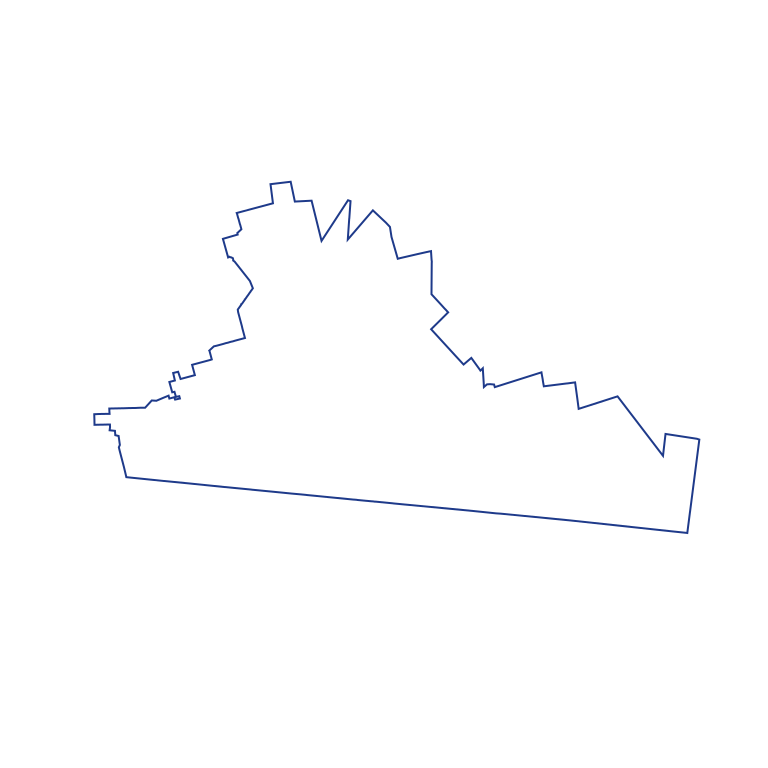 General Plutarco Elías Calles, Sonora, Mexico (Natural Earth projection), rotated 165°
{"feature_id": "50627088B39054298169208", "entity_name": "General Plutarco Elías Calles", "entity_type": "district", "adm_level": 2, "iso_a3": "MEX", "parent_name": "Mexico", "parent_adm1": "Sonora", "projection": "natural_earth1", "projection_center": [-112.744, 31.696], "detail": "fine", "context": "isolated", "style": "outline", "palette": "blue", "viewbox_px": 768, "rotation_deg": 165, "n_neighbors": 0, "source": "geoboundaries", "source_scale": "gbopen_adm2", "svg_char_len": 3812}
<svg xmlns="http://www.w3.org/2000/svg" viewBox="0 0 768 768"><g transform="rotate(165 384 384)"><path d="M612.6,428.2L620.9,422.9L625.8,424.2L630.9,425.3L635.9,426.6L640.7,427.7L655.7,431.4L656.3,428.8L656.8,426.2L661.9,427.5L666.7,428.7L671.7,429.8L672.9,424.7L674.2,419.5L667.6,417.9L664.1,417.0L661.1,416.3L659.2,415.8L659.8,413.2L661.0,410.3L656.0,408.4L656.8,404.1L653.8,402.5L654.9,393.5L656.5,391.5L656.6,387.8L656.7,371.0L656.9,363.4L657.0,360.7L633.6,351.8L632.0,351.2L621.8,347.3L621.4,347.2L595.6,337.5L595.1,337.3L564.3,325.6L563.9,325.5L557.0,322.9L539.6,316.4L539.2,316.2L519.7,308.9L501.4,302.0L492.9,298.9L488.1,297.1L487.9,297.0L486.9,296.6L482.9,295.1L477.8,293.2L477.6,293.1L443.0,280.1L442.6,280.0L440.1,279.1L439.8,278.9L432.3,276.1L431.2,275.7L429.0,274.9L428.8,274.8L428.5,274.7L428.2,274.6L427.8,274.4L427.6,274.4L426.9,274.1L426.5,274.0L426.1,273.8L425.7,273.7L425.4,273.6L424.9,273.4L424.6,273.3L423.7,272.9L423.2,272.7L422.9,272.6L422.7,272.6L416.6,270.3L416.3,270.2L406.2,266.4L405.8,266.2L394.3,261.9L394.0,261.8L335.9,240.2L335.6,240.1L333.0,239.1L331.9,238.7L309.1,230.0L304.7,228.5L239.1,203.9L179.3,180.8L144.4,167.3L129.8,161.7L129.6,161.6L121.6,181.1L121.5,181.3L93.8,248.7L95.9,250.1L125.0,262.9L133.1,242.4L140.0,259.2L161.6,311.6L202.4,309.6L201.0,320.2L199.0,336.1L206.7,337.1L207.8,337.3L230.2,340.4L230.0,342.8L229.8,345.2L229.5,347.6L229.3,350.0L229.1,352.5L228.9,354.5L277.8,352.3L277.8,355.0L281.6,356.4L284.6,357.0L288.3,355.2L287.6,358.3L284.5,373.6L286.7,372.3L287.4,372.0L287.5,372.4L292.9,386.6L302.1,382.2L308.2,393.8L324.3,424.7L317.8,428.4L310.8,432.4L303.5,436.6L305.2,439.9L305.9,441.1L308.2,445.6L309.6,448.3L314.9,458.4L306.5,488.8L306.2,489.6L305.8,492.2L304.2,500.2L308.3,500.4L318.0,500.8L335.6,501.4L338.3,501.4L338.7,524.1L337.6,534.2L340.4,539.4L342.7,543.1L349.8,554.6L381.6,532.9L374.8,552.7L374.7,552.8L369.0,569.3L371.2,570.8L407.3,538.4L406.5,579.8L422.9,583.3L421.8,603.5L441.9,606.4L444.5,587.3L482.0,587.3L481.9,586.2L481.9,585.0L481.9,584.0L481.9,583.4L481.9,582.1L481.8,581.4L481.8,580.5L481.8,579.7L481.8,579.0L481.8,577.1L481.8,575.9L481.7,574.7L481.7,573.5L481.7,572.8L481.7,571.7L481.7,570.4L486.6,567.8L486.7,566.2L502.0,565.9L502.0,565.7L502.1,565.3L502.0,564.9L501.8,546.6L501.0,546.8L500.6,547.0L500.4,546.8L500.0,546.4L499.6,546.3L499.1,546.0L498.9,545.8L498.5,545.7L498.1,545.2L497.8,544.9L497.4,544.6L497.5,542.7L497.7,542.3L497.4,542.0L496.8,541.1L496.6,540.9L486.9,518.3L486.8,517.7L485.9,510.4L486.6,509.8L487.3,509.2L487.9,508.7L488.5,508.3L488.9,507.9L489.4,507.4L489.9,507.1L490.8,506.3L491.5,505.7L492.7,504.7L493.5,504.1L495.1,502.7L496.1,501.9L496.4,501.8L496.4,501.6L497.4,500.8L498.7,499.7L500.0,498.6L501.0,497.9L501.3,497.9L501.3,497.7L501.9,497.0L502.2,496.9L502.3,496.8L502.4,496.7L502.8,496.3L503.0,496.2L504.8,494.7L505.8,493.9L506.0,493.7L506.3,491.1L506.3,490.7L506.3,486.6L506.3,482.9L506.3,479.2L506.3,476.7L506.4,474.1L506.4,473.0L506.4,471.4L506.4,467.7L506.4,465.2L506.4,464.4L510.0,464.4L513.2,464.4L516.8,464.4L519.1,464.3L520.6,464.4L522.0,464.4L524.0,464.3L526.2,464.4L529.0,464.3L532.1,464.3L535.7,464.3L538.6,464.4L544.1,461.5L544.0,461.2L544.0,457.5L544.0,455.7L544.0,453.2L544.0,452.3L545.5,452.2L546.7,452.2L548.4,452.2L551.5,452.2L554.7,452.2L557.6,452.2L561.7,452.2L563.5,452.2L564.4,452.2L564.4,451.5L564.4,450.9L564.4,450.2L564.4,449.1L564.4,447.6L564.4,446.5L564.4,444.9L564.4,443.5L564.4,441.5L565.3,441.5L566.2,441.5L566.8,441.5L567.2,441.5L567.6,441.5L569.1,441.5L572.1,441.5L575.5,441.5L579.2,441.5L579.7,449.1L584.8,449.2L585.1,441.5L586.2,441.5L588.0,441.5L590.8,441.5L590.7,430.8L588.4,430.7L588.3,425.4L584.9,425.2L584.9,422.8L589.8,423.0L590.0,425.5L595.1,425.5L595.1,428.5L600.6,427.8L607.8,426.8L608.1,426.7L612.6,428.2Z" fill="none" stroke="#1e3a8a" stroke-width="2"/></g></svg>